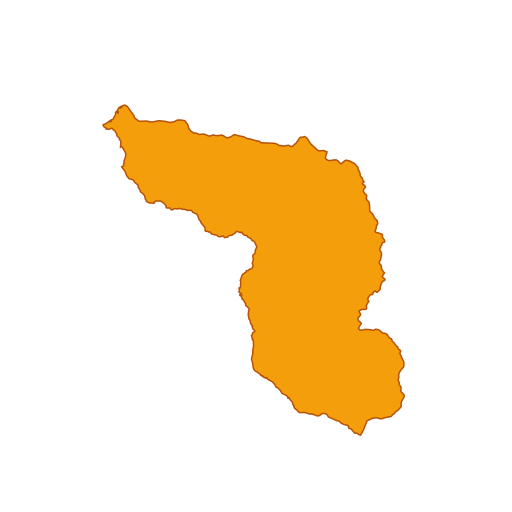 the border of Piauí, rotated 292°
{"feature_id": "BRA-622", "entity_name": "Piauí", "entity_type": "State", "adm_level": 1, "iso_a3": "BRA", "parent_name": "Brazil", "parent_adm1": "", "projection": "albers", "projection_center": [-42.942, -6.821], "detail": "fine", "context": "isolated", "style": "filled", "palette": "amber", "viewbox_px": 512, "rotation_deg": 292, "n_neighbors": 0, "source": "natural_earth", "source_scale": "10m", "svg_char_len": 6107}
<svg xmlns="http://www.w3.org/2000/svg" viewBox="0 0 512 512"><g transform="rotate(292 256 256)"><path d="M319.0,66.1L320.6,65.1L322.0,66.9L327.3,70.3L327.7,70.9L326.4,70.3L326.7,70.9L325.8,70.6L325.8,70.9L326.9,71.4L328.0,70.9L329.3,72.2L334.3,72.7L335.5,72.6L336.7,71.9L337.5,72.7L337.0,73.8L337.6,73.8L337.3,74.5L338.2,74.1L337.9,73.1L338.7,72.8L342.7,73.5L343.1,74.4L342.4,74.8L343.4,75.4L343.9,75.4L344.4,76.1L344.7,76.1L344.7,75.4L346.8,77.7L346.5,80.7L340.7,89.7L338.4,92.0L337.4,96.2L337.3,97.5L340.2,104.2L340.9,108.3L341.7,110.3L345.0,115.0L346.7,121.0L347.5,126.0L349.8,129.8L352.6,132.2L353.8,135.0L354.8,139.2L352.6,142.9L351.7,143.9L349.0,146.0L347.2,149.1L346.8,152.8L347.5,154.5L347.5,157.9L349.6,162.0L349.6,167.9L352.3,171.1L352.6,173.8L354.3,177.4L355.2,178.7L355.4,180.4L354.7,183.6L354.7,185.2L356.9,187.9L359.9,189.9L360.7,191.0L360.8,194.2L361.9,199.7L361.6,204.1L362.3,206.8L362.9,213.1L363.6,216.0L362.9,218.2L367.4,230.9L367.6,232.9L367.2,236.1L368.4,240.8L370.8,244.5L370.8,248.2L371.9,249.1L373.8,249.8L375.6,250.9L382.4,252.4L382.8,252.7L383.7,254.9L384.9,256.1L384.8,257.9L384.0,259.6L380.4,264.8L377.1,273.7L377.2,275.4L379.2,279.3L379.1,282.9L374.0,283.3L372.6,283.9L372.0,284.7L371.7,287.0L372.0,288.4L374.8,293.3L375.2,294.8L374.9,296.6L373.9,298.2L373.3,300.2L373.9,300.8L377.4,302.5L378.6,303.6L379.2,307.0L378.6,312.8L376.4,317.3L375.0,318.0L372.1,321.1L369.1,322.9L368.0,325.4L366.2,326.6L365.3,328.4L363.3,327.5L362.7,327.7L362.0,330.6L361.0,331.7L358.3,330.9L356.3,331.2L354.4,333.9L354.1,335.2L353.6,335.9L350.0,337.1L348.5,340.1L347.6,341.1L344.3,342.9L340.2,344.6L338.7,348.4L335.6,351.8L334.2,355.1L331.6,356.8L328.9,356.4L326.4,357.1L323.7,357.1L323.0,357.6L322.8,358.2L323.2,360.6L323.4,364.6L322.7,365.4L320.5,366.3L319.2,368.8L318.0,369.9L317.0,369.9L316.0,368.5L314.9,368.0L313.3,368.5L311.4,367.9L310.3,368.4L309.1,367.8L308.1,368.4L306.1,371.0L304.2,371.9L298.8,372.9L297.1,372.5L296.3,372.6L295.0,373.8L294.2,375.6L291.1,377.2L289.0,380.1L288.6,381.4L284.8,380.8L284.1,380.9L283.6,381.5L283.0,383.9L282.3,384.5L281.2,384.1L280.0,383.0L277.6,382.5L273.6,382.8L271.8,383.7L267.9,382.0L267.6,381.2L268.2,379.7L267.8,379.1L265.6,378.3L263.9,378.5L263.1,376.6L259.6,375.6L258.9,375.5L257.2,376.2L256.3,377.6L255.8,377.7L254.9,377.1L251.3,377.0L250.5,377.2L249.3,378.2L248.1,378.1L247.4,377.4L246.1,374.1L243.8,372.2L242.6,372.8L241.7,374.4L241.0,374.9L239.4,374.8L236.9,373.8L236.0,374.0L234.5,375.1L233.4,378.3L232.8,378.9L229.2,378.2L227.0,378.3L226.3,380.5L226.6,381.5L228.9,384.7L230.4,389.1L231.0,392.6L233.1,394.6L233.5,397.9L232.0,402.2L232.7,405.1L232.3,407.2L230.1,410.1L229.9,412.7L227.9,414.4L227.4,416.1L225.3,419.6L224.7,421.5L223.2,422.6L222.5,425.3L221.6,425.8L219.6,425.8L213.3,432.5L212.2,433.2L208.8,434.4L207.7,434.2L204.5,433.0L200.1,432.5L197.5,433.7L193.8,434.5L192.1,436.4L190.2,437.3L188.9,439.5L184.6,441.1L182.8,445.1L181.9,445.8L180.3,446.1L175.3,445.4L173.2,445.9L171.4,446.9L169.8,446.8L166.2,445.4L163.5,443.6L161.4,443.1L159.8,442.0L157.7,441.3L155.3,437.3L152.4,433.9L151.6,432.0L151.3,428.9L150.5,426.9L148.9,424.6L144.9,420.7L134.7,420.8L129.1,420.1L129.0,418.5L129.5,415.2L128.7,413.7L131.2,409.2L131.1,406.4L133.0,405.3L133.2,403.7L132.7,400.4L133.0,397.4L133.5,395.9L134.2,394.7L133.6,393.0L133.9,383.4L135.3,381.7L135.8,380.0L135.3,377.5L134.3,376.0L132.6,375.2L131.1,373.8L130.6,372.2L130.6,368.2L130.3,367.4L130.6,366.8L129.5,365.0L129.3,360.7L128.9,359.1L127.1,355.2L127.7,352.7L128.9,351.2L128.8,349.9L129.5,348.6L130.4,347.6L131.1,347.6L131.8,346.3L132.7,345.4L134.4,344.3L135.5,341.4L136.9,339.9L137.0,339.5L136.2,339.2L136.1,338.9L137.6,337.8L138.1,335.8L138.3,331.8L140.4,328.9L141.8,326.0L142.0,323.5L143.8,321.9L144.6,319.9L145.5,318.6L146.1,312.8L147.1,311.9L146.4,310.9L146.8,310.6L146.4,309.7L146.7,307.4L147.1,307.7L147.4,306.1L147.1,305.1L147.7,304.6L148.6,301.5L149.2,298.1L150.3,296.2L152.0,294.9L155.8,292.8L158.3,290.7L159.3,290.3L164.0,289.7L167.5,288.3L171.7,287.4L176.4,285.3L177.1,283.9L178.2,283.9L178.7,282.9L180.6,281.5L181.9,282.1L183.5,281.6L185.4,283.1L186.2,282.8L187.5,280.1L189.5,278.6L189.8,278.9L191.7,276.0L193.9,274.7L195.3,272.8L197.6,271.4L199.9,270.3L201.2,270.2L202.8,269.6L204.3,269.6L204.7,269.2L206.5,264.7L207.7,264.3L208.8,263.2L209.8,261.5L210.6,260.8L210.9,259.1L211.8,258.7L212.7,257.7L213.3,257.3L213.1,257.5L214.1,257.6L214.0,257.0L213.3,256.2L213.4,255.9L214.2,255.4L215.5,256.4L216.1,253.8L218.7,253.2L219.7,252.2L220.2,252.3L220.6,253.2L221.3,253.2L226.3,251.6L227.3,250.6L233.5,250.3L234.9,250.9L234.6,250.9L237.3,252.7L238.6,252.5L238.9,252.7L239.4,254.1L241.0,254.7L242.5,256.5L243.4,256.9L245.3,257.0L246.5,256.5L247.7,255.3L251.8,254.8L254.5,253.2L255.7,252.8L257.7,253.9L258.6,254.0L261.4,253.1L264.0,253.4L265.0,253.1L268.3,249.6L268.8,248.8L269.0,246.3L270.2,244.8L270.6,241.1L271.5,240.1L270.9,238.0L271.5,235.2L272.8,234.0L272.7,233.4L271.8,232.9L271.8,229.4L271.2,228.6L269.3,228.0L267.5,226.5L266.5,226.2L264.8,223.3L262.9,222.6L261.3,220.0L262.1,218.3L261.9,217.5L260.6,215.9L260.0,213.9L260.1,213.0L260.7,211.7L260.2,210.1L259.8,206.7L261.0,204.0L260.4,203.0L260.7,201.9L260.1,199.8L260.7,199.1L262.6,198.5L263.8,197.2L265.8,193.1L267.4,191.6L268.6,189.4L271.9,186.5L272.7,185.3L272.8,181.1L274.1,179.1L272.6,175.2L272.5,172.4L271.5,169.0L271.5,167.0L270.3,165.9L269.3,162.5L267.3,161.0L267.1,160.1L268.2,158.0L267.2,155.5L267.2,154.6L268.9,153.7L269.6,152.6L270.6,150.4L271.2,147.1L269.6,142.7L268.4,141.8L267.7,141.7L267.1,142.0L266.5,141.2L266.0,139.1L265.4,138.1L265.3,135.0L265.6,134.2L267.4,132.0L269.9,130.4L271.5,127.7L271.9,125.7L272.4,124.8L274.6,122.6L275.3,121.3L277.3,120.2L277.7,119.6L278.8,116.0L280.5,113.8L280.3,110.3L280.0,109.7L280.6,108.4L282.2,105.8L285.6,102.7L288.2,98.1L288.8,98.1L289.4,99.0L290.3,99.4L291.7,98.7L293.7,98.7L294.3,98.1L299.3,97.8L301.5,97.3L303.3,95.8L306.9,91.2L307.0,90.4L306.1,89.6L311.4,87.9L312.0,87.5L312.8,85.8L314.0,85.3L315.3,82.1L316.6,81.5L319.0,78.6L319.6,76.3L320.4,75.0L320.3,74.1L318.4,72.4L317.8,70.2L317.7,69.3L318.4,69.6L319.0,66.1Z" fill="#f59e0b" stroke="#b45309" stroke-width="1.5"/></g></svg>